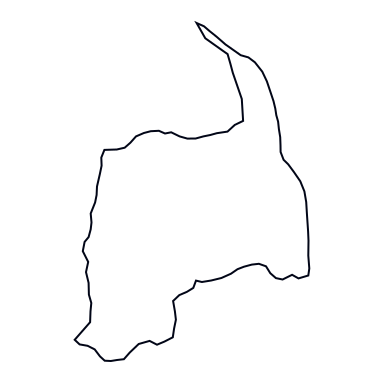 outline of São Félix, Bahia, Brazil
{"feature_id": "56859067B78979447599301", "entity_name": "São Félix", "entity_type": "district", "adm_level": 2, "iso_a3": "BRA", "parent_name": "Brazil", "parent_adm1": "Bahia", "projection": "robinson", "projection_center": [-38.997, -12.663], "detail": "fine", "context": "isolated", "style": "outline", "palette": "ink", "viewbox_px": 384, "rotation_deg": 0, "n_neighbors": 0, "source": "geoboundaries", "source_scale": "gbopen_adm2", "svg_char_len": 1455}
<svg xmlns="http://www.w3.org/2000/svg" viewBox="0 0 384 384"><path d="M196.6,23.0L205.3,38.3L222.6,50.6L227.6,54.1L230.4,63.8L232.8,72.8L241.8,99.0L243.1,120.9L234.8,124.9L227.5,131.6L216.8,133.2L210.3,135.0L203.4,136.4L195.7,138.5L187.4,138.6L179.6,136.4L171.2,132.3L165.0,133.5L158.9,130.8L150.8,131.2L143.9,133.0L136.0,136.4L130.4,142.7L124.7,147.7L116.8,149.5L104.4,149.9L101.3,157.6L101.6,165.7L99.8,174.3L97.0,186.5L96.6,195.0L95.1,202.5L90.7,213.5L91.5,222.5L90.7,229.3L88.6,237.1L84.6,241.9L82.8,251.2L88.2,261.9L86.0,272.1L88.6,282.9L88.9,294.6L91.3,303.0L90.5,311.3L90.1,322.2L74.7,339.8L79.6,344.4L87.6,345.8L94.7,349.4L100.0,356.4L104.7,360.7L110.9,361.0L117.0,360.0L123.9,359.2L129.7,352.6L138.7,344.0L149.6,340.9L157.0,344.7L164.4,341.6L172.8,337.3L174.1,328.5L175.9,319.7L174.9,311.3L173.1,301.0L179.3,295.1L186.8,291.9L193.3,287.9L196.0,280.6L201.9,282.0L211.2,280.5L221.4,278.0L231.0,273.7L237.5,269.2L244.0,266.7L251.8,264.6L258.9,263.8L266.0,266.3L270.3,273.2L275.9,278.1L282.6,279.5L292.1,274.8L298.5,278.4L308.3,275.5L309.3,268.5L308.3,255.7L308.5,240.7L308.1,231.4L306.9,213.5L306.2,202.0L304.4,191.4L300.3,181.3L293.9,172.0L288.2,164.3L283.6,159.8L280.6,152.0L280.5,145.2L280.2,137.1L278.9,129.1L278.1,121.6L276.3,115.2L275.3,108.6L273.5,101.1L270.7,92.7L266.9,81.4L262.3,71.7L254.9,62.3L248.4,57.4L240.7,55.2L233.2,49.9L225.4,44.4L216.8,36.9L209.7,31.2L204.0,26.3L196.6,23.0Z" fill="none" stroke="#020617" stroke-width="2"/></svg>